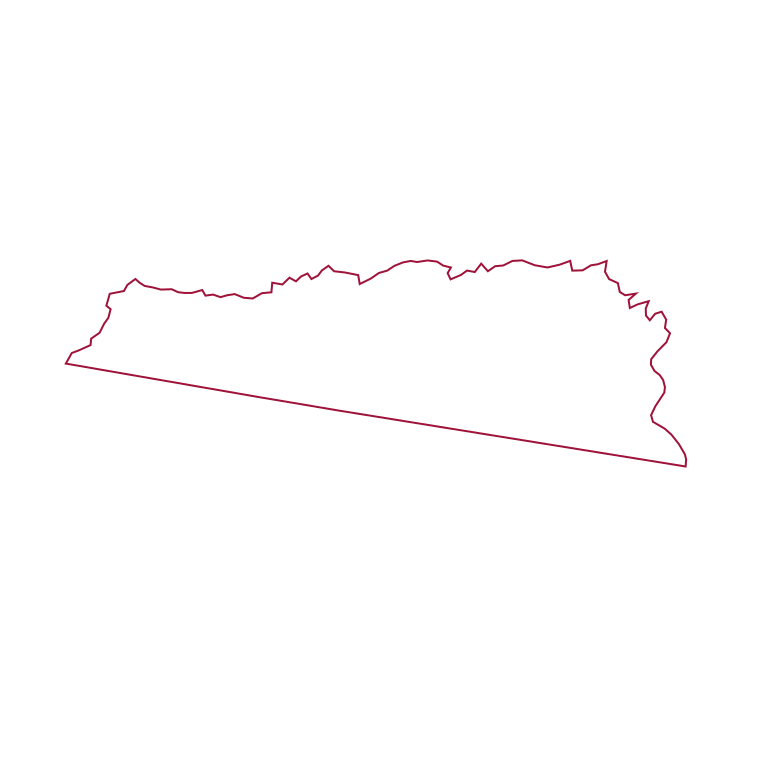 the district of Jussara, Paraná, Brazil, rotated 67°
{"feature_id": "56859067B52043203685138", "entity_name": "Jussara", "entity_type": "district", "adm_level": 2, "iso_a3": "BRA", "parent_name": "Brazil", "parent_adm1": "Paraná", "projection": "equal_earth", "projection_center": [-52.469, -23.656], "detail": "fine", "context": "isolated", "style": "outline", "palette": "rose", "viewbox_px": 768, "rotation_deg": 67, "n_neighbors": 0, "source": "geoboundaries", "source_scale": "gbopen_adm2", "svg_char_len": 1568}
<svg xmlns="http://www.w3.org/2000/svg" viewBox="0 0 768 768"><g transform="rotate(67 384 384)"><path d="M240.9,668.9L347.3,504.1L359.4,485.1L390.8,436.0L577.8,138.6L571.4,135.3L566.3,134.5L554.6,136.0L543.0,139.2L534.7,143.1L523.9,151.2L517.0,150.3L510.5,142.9L501.4,129.3L496.6,126.6L489.4,125.5L483.5,126.7L477.7,129.9L470.6,130.8L465.6,128.4L460.8,119.6L455.9,107.7L449.1,100.9L442.2,103.5L435.0,99.1L425.9,100.2L425.3,107.0L429.2,114.4L423.3,116.1L416.9,113.6L411.2,108.0L409.8,119.4L410.1,128.0L402.2,126.0L399.2,116.8L396.5,127.4L391.4,131.0L382.5,129.3L375.4,135.8L367.0,136.7L357.8,131.0L357.3,140.5L355.6,147.1L357.0,156.7L353.2,166.4L343.4,164.5L342.8,175.7L340.6,188.0L333.6,198.8L324.2,208.5L320.9,217.7L321.5,227.9L319.0,235.7L320.8,244.3L311.2,247.5L316.4,256.7L312.0,263.3L313.7,270.5L313.7,281.8L306.8,282.1L302.9,276.9L298.1,283.3L292.1,287.3L287.3,295.6L284.6,306.0L281.2,311.2L279.5,318.9L279.3,328.3L280.9,336.8L279.8,345.3L281.8,355.0L282.5,367.3L273.7,365.2L266.2,376.2L260.7,385.9L253.5,388.9L255.2,396.8L258.4,402.3L259.0,409.8L252.4,411.2L252.6,418.3L255.1,424.9L249.2,429.5L252.7,438.6L247.1,447.3L255.6,451.8L252.7,460.9L254.0,471.4L249.8,479.4L242.9,486.3L241.0,493.8L240.2,500.5L234.9,506.4L232.9,513.8L226.5,514.6L225.1,525.3L222.4,531.7L219.1,537.6L213.8,542.4L209.9,552.5L204.9,558.9L200.2,566.0L195.4,569.3L190.2,571.8L192.5,581.5L196.8,587.1L193.8,601.2L203.5,609.0L208.3,606.4L215.4,611.9L219.1,618.0L225.7,625.8L227.8,635.8L233.5,638.9L233.8,651.8L233.5,659.3L240.9,668.9Z" fill="none" stroke="#9f1239" stroke-width="2"/></g></svg>